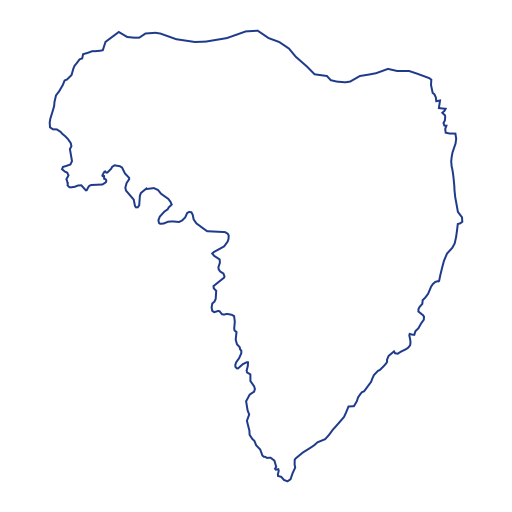 outline of Macenta, Macenta, Guinea
{"feature_id": "49546643B89321000346935", "entity_name": "Macenta", "entity_type": "district", "adm_level": 2, "iso_a3": "GIN", "parent_name": "Guinea", "parent_adm1": "Macenta", "projection": "albers", "projection_center": [-9.435, 8.32], "detail": "fine", "context": "isolated", "style": "outline", "palette": "blue", "viewbox_px": 512, "rotation_deg": 0, "n_neighbors": 0, "source": "geoboundaries", "source_scale": "gbopen_adm2", "svg_char_len": 5465}
<svg xmlns="http://www.w3.org/2000/svg" viewBox="0 0 512 512"><path d="M429.4,78.2L423.2,75.9L417.5,73.8L409.1,71.0L397.2,71.0L388.0,68.9L376.1,73.2L368.7,74.6L359.9,76.0L350.1,81.6L345.2,82.3L336.8,81.6L330.8,80.2L326.9,76.0L314.6,74.3L306.9,66.5L295.7,56.7L289.0,48.6L279.2,42.0L268.6,38.1L257.7,30.7L245.8,31.4L226.8,38.1L205.8,41.6L194.9,42.0L176.2,39.2L160.2,33.5L155.3,32.8L145.5,33.5L139.2,37.7L138.8,37.7L134.3,37.7L127.2,37.0L118.8,32.0L111.1,37.7L105.5,41.9L102.8,50.2L100.6,50.7L95.2,51.2L92.2,51.2L88.2,52.7L83.1,54.2L82.2,58.4L79.6,59.3L76.7,63.2L74.6,65.7L73.4,68.5L71.5,75.1L67.0,79.5L64.6,80.5L62.9,84.8L59.2,91.2L56.0,95.4L54.5,101.9L54.1,106.2L52.5,111.7L50.3,118.8L49.7,122.6L50.0,127.3L52.9,129.3L56.8,129.4L60.5,131.8L62.3,133.8L65.4,136.4L67.8,138.9L70.8,143.2L71.4,146.2L69.9,149.1L71.0,155.3L72.0,161.1L70.4,164.5L66.1,166.0L63.0,166.9L62.0,169.2L64.9,171.6L67.2,172.6L68.5,175.4L66.4,179.2L67.1,181.0L67.4,182.7L67.8,182.9L67.6,185.3L68.6,186.5L69.8,187.3L71.2,187.3L74.8,186.8L76.0,186.3L77.2,185.8L78.0,185.5L80.2,185.4L81.3,185.3L85.0,189.4L85.2,189.6L85.3,189.7L86.0,190.4L86.7,190.2L88.7,186.5L89.5,185.8L89.6,185.7L91.0,185.1L91.4,185.0L102.4,184.5L104.0,183.5L105.9,182.2L106.2,181.2L106.3,180.7L105.7,179.3L105.1,179.1L104.1,178.7L104.1,176.1L103.3,176.1L102.6,176.1L102.4,175.3L103.7,172.9L103.8,172.7L104.1,172.1L105.1,171.4L105.6,171.9L106.3,172.6L106.9,172.6L107.4,172.5L108.1,171.8L111.1,168.8L112.2,166.8L114.0,165.7L114.5,165.3L116.1,165.6L119.8,166.2L122.0,167.5L125.0,173.5L128.9,177.6L129.1,177.8L129.2,179.1L128.1,180.8L126.6,183.0L125.3,187.9L126.1,190.7L133.7,199.6L135.0,206.0L135.9,207.3L137.8,207.3L139.2,205.3L139.9,195.7L140.8,193.3L140.9,193.0L143.3,191.0L145.9,188.9L145.9,189.1L153.9,188.1L158.0,190.0L161.1,193.8L168.3,198.9L170.5,201.8L170.6,202.0L170.7,202.4L171.7,204.6L168.8,207.3L168.0,208.7L167.7,209.3L164.4,211.6L159.8,216.6L158.4,220.2L158.4,220.3L159.0,223.0L160.2,223.8L163.7,223.5L168.1,221.7L168.4,221.7L172.5,221.4L175.9,221.7L179.0,222.0L182.1,220.5L183.9,218.7L185.2,217.4L187.2,213.0L188.1,212.5L189.2,211.9L190.1,212.1L191.4,212.3L192.7,214.8L192.8,215.1L193.6,219.3L194.5,220.7L195.5,222.1L196.4,223.4L203.6,228.7L207.1,231.2L225.0,232.1L227.7,233.7L227.8,233.9L228.7,235.5L228.6,237.3L228.5,239.0L227.6,241.6L227.1,242.3L227.0,242.5L225.3,244.8L224.1,246.4L213.9,252.0L213.1,252.7L212.2,253.5L214.3,256.0L215.3,256.6L219.6,259.4L219.8,261.5L219.9,262.8L218.4,267.2L218.7,269.4L218.9,269.7L220.3,271.6L222.1,272.7L223.4,273.5L223.7,274.3L224.5,276.5L224.1,277.6L213.5,286.1L213.7,287.8L213.8,288.0L213.8,288.4L216.2,290.8L215.7,298.9L215.1,300.2L215.0,300.3L214.5,301.6L213.6,302.4L213.4,302.5L212.3,303.5L212.1,304.6L211.6,307.5L212.3,310.9L214.2,312.2L218.3,310.9L219.2,311.2L219.6,311.3L221.9,314.2L223.9,314.6L227.1,313.9L231.8,314.8L232.8,315.4L233.7,315.9L234.1,316.1L234.8,321.7L234.2,328.4L234.5,330.4L235.7,331.4L236.5,332.0L235.7,339.7L237.0,344.3L239.7,347.2L239.9,348.2L239.9,348.3L240.2,349.5L240.4,349.6L241.3,350.6L241.3,353.1L241.2,353.5L239.1,358.2L237.8,360.0L237.0,361.1L236.4,362.1L236.2,362.3L235.9,363.1L235.3,364.8L235.4,366.0L235.4,366.8L235.8,367.2L236.7,368.3L237.5,368.4L237.9,368.5L242.9,364.1L246.9,362.2L247.2,362.2L248.0,362.3L247.9,364.7L247.8,365.8L247.8,366.1L247.7,366.4L246.6,370.7L247.1,372.5L250.3,374.3L250.4,375.4L250.4,376.1L250.4,381.0L254.1,386.3L254.6,387.9L254.6,388.0L254.9,389.0L254.1,391.7L253.8,391.9L252.6,392.6L249.7,394.6L246.1,401.3L247.6,410.4L249.2,414.5L246.9,420.8L249.4,430.7L249.6,434.8L252.1,438.7L252.7,439.3L254.4,440.9L255.7,444.1L256.1,445.2L256.2,445.3L260.2,449.5L262.4,455.5L263.4,456.4L263.6,456.7L263.9,456.7L265.3,456.9L266.9,457.9L270.5,457.7L274.4,460.6L276.2,466.8L275.7,467.6L275.6,467.8L275.4,468.1L275.2,468.7L275.1,468.8L275.9,469.7L278.3,469.2L278.7,470.8L278.1,473.4L277.8,474.8L278.1,475.9L278.1,476.0L281.2,476.8L284.0,480.0L287.5,481.3L290.5,479.3L292.6,473.2L295.2,467.6L294.6,464.5L294.7,459.8L295.7,458.4L303.0,452.4L309.3,448.5L313.9,445.5L317.5,442.3L325.1,439.2L328.6,435.4L331.0,432.2L332.8,429.7L335.9,426.3L340.1,421.5L341.9,419.4L344.0,417.0L346.2,412.2L348.5,406.5L353.9,406.2L355.9,402.8L356.7,401.5L357.4,399.5L358.1,397.3L360.2,394.3L361.9,392.2L364.1,391.3L371.2,381.7L372.0,379.3L373.9,375.1L378.1,370.7L379.6,370.2L383.4,366.5L386.0,363.6L387.1,361.9L387.0,359.8L388.6,355.9L391.4,353.6L394.0,351.4L395.1,353.3L397.8,353.7L399.4,352.6L401.4,351.4L405.2,349.6L407.7,348.1L409.2,346.5L410.2,345.0L410.5,342.2L410.1,339.2L409.3,335.3L409.7,333.9L412.0,334.6L414.3,334.8L415.4,331.2L418.4,328.3L419.9,325.6L421.0,323.6L423.8,319.7L424.0,316.7L423.0,315.2L418.4,311.5L418.5,309.0L419.6,306.9L422.3,303.9L422.7,300.1L425.0,297.9L426.9,295.4L428.1,293.8L429.9,289.5L431.1,286.6L432.9,284.0L433.3,283.7L435.3,281.9L437.7,281.2L438.6,281.4L439.1,280.9L440.4,274.7L442.6,265.8L444.0,260.7L447.0,253.6L452.3,247.8L454.7,243.4L456.1,237.0L457.0,230.5L457.8,224.0L460.3,223.3L462.3,221.8L462.0,217.3L457.9,211.9L457.7,210.8L456.8,205.8L455.2,197.0L454.5,190.4L454.3,185.9L453.7,179.5L453.0,173.4L452.2,168.7L451.6,166.2L451.2,161.3L451.7,156.8L452.4,152.9L453.8,148.6L455.5,143.7L456.2,138.8L455.4,133.6L449.5,133.5L445.7,132.7L445.2,129.0L446.4,125.7L444.4,125.6L443.5,123.1L444.9,120.4L445.2,117.0L445.0,115.4L442.3,112.8L444.6,110.7L445.6,108.8L438.9,108.1L440.0,100.5L436.3,101.2L435.8,97.3L434.3,94.1L432.7,93.0L431.0,85.0L431.3,79.7L429.4,78.2Z" fill="none" stroke="#1e3a8a" stroke-width="2"/></svg>